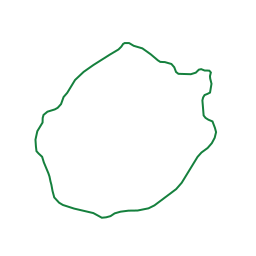 the district of Con Co, Vietnam, rotated 255°
{"feature_id": "81297802B79612246152029", "entity_name": "Con Co", "entity_type": "district", "adm_level": 2, "iso_a3": "VNM", "parent_name": "Vietnam", "parent_adm1": "", "projection": "natural_earth1", "projection_center": [107.34, 17.158], "detail": "fine", "context": "isolated", "style": "outline", "palette": "green", "viewbox_px": 256, "rotation_deg": 255, "n_neighbors": 0, "source": "geoboundaries", "source_scale": "gbopen_adm2", "svg_char_len": 1126}
<svg xmlns="http://www.w3.org/2000/svg" viewBox="0 0 256 256"><g transform="rotate(255 128 128)"><path d="M101.4,39.6L96.5,39.3L93.0,39.3L86.7,38.8L80.0,38.8L73.7,42.1L70.5,45.2L64.1,55.1L54.8,72.5L51.0,76.5L48.1,79.5L47.4,83.7L47.4,88.3L49.0,93.0L49.1,99.2L48.0,107.2L45.8,115.9L45.1,127.0L46.4,133.5L56.5,158.7L61.2,165.7L82.1,187.7L85.3,192.6L88.1,199.8L91.7,205.1L96.1,209.2L101.2,212.0L105.6,212.0L112.5,211.3L115.2,207.8L117.7,205.5L120.5,204.3L135.4,207.0L138.1,208.5L140.0,210.5L140.4,213.7L141.0,216.4L149.1,220.1L154.5,220.2L156.9,220.6L160.2,222.4L162.3,221.4L162.9,219.7L163.7,216.9L165.9,213.9L166.0,211.5L163.9,207.8L163.7,202.6L167.3,190.7L169.7,188.9L174.7,188.4L178.6,186.5L182.1,180.7L183.5,176.3L185.7,174.3L193.2,169.1L201.2,162.5L205.9,154.8L209.7,151.1L210.9,146.9L210.5,145.1L208.3,142.6L206.3,139.1L203.6,129.5L197.8,110.9L193.7,99.7L188.1,89.3L177.7,78.4L174.6,73.8L168.4,69.5L165.7,65.3L164.9,62.1L164.6,54.4L162.5,49.8L159.8,48.2L155.4,46.9L148.4,39.6L140.7,35.6L134.1,34.3L129.3,33.6L126.4,35.1L122.4,37.6L116.6,37.8L104.7,39.4L101.4,39.6Z" fill="none" stroke="#15803d" stroke-width="2"/></g></svg>